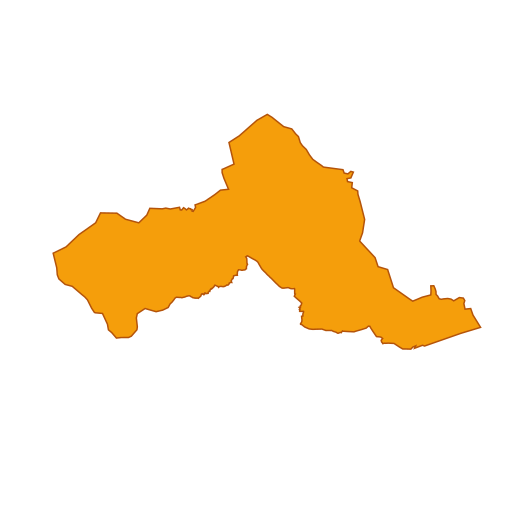 outline of Ifo, Ogun, Nigeria, rotated 344°
{"feature_id": "59680162B2266540401620", "entity_name": "Ifo", "entity_type": "district", "adm_level": 2, "iso_a3": "NGA", "parent_name": "Nigeria", "parent_adm1": "Ogun", "projection": "albers", "projection_center": [3.248, 6.772], "detail": "fine", "context": "isolated", "style": "filled", "palette": "amber", "viewbox_px": 512, "rotation_deg": 344, "n_neighbors": 0, "source": "geoboundaries", "source_scale": "gbopen_adm2", "svg_char_len": 5959}
<svg xmlns="http://www.w3.org/2000/svg" viewBox="0 0 512 512"><g transform="rotate(344 256 256)"><path d="M85.1,265.7L85.9,266.3L92.6,268.9L94.4,280.6L93.8,286.3L96.2,289.9L99.2,296.4L103.9,297.2L111.0,299.2L114.1,298.7L121.2,294.1L122.4,291.4L123.9,282.6L126.0,278.7L134.9,275.9L144.6,282.0L151.4,282.3L157.4,281.3L160.2,278.4L162.4,277.3L164.8,275.6L166.5,274.2L168.1,273.7L170.1,274.4L170.7,274.7L171.7,274.9L172.6,275.3L173.1,275.6L173.7,275.7L174.7,275.7L175.2,275.7L175.8,275.8L176.4,275.8L177.2,275.7L177.9,275.6L178.8,275.6L179.5,275.7L180.3,275.7L181.0,275.9L181.5,276.1L181.7,276.6L182.0,276.9L182.5,277.3L182.8,277.6L183.5,278.3L183.8,278.7L184.2,278.9L184.8,279.1L185.0,279.3L185.4,279.5L185.8,279.6L186.0,279.8L186.4,279.8L186.9,280.0L187.2,280.1L187.4,280.2L188.1,280.3L188.3,280.4L188.9,280.8L189.2,280.6L189.5,280.4L189.8,280.3L190.1,280.2L190.9,279.8L191.3,279.6L191.7,279.4L192.0,279.2L192.2,278.8L192.5,278.5L192.6,278.3L192.7,278.0L192.9,277.8L193.2,277.7L193.4,277.6L193.5,277.8L193.9,277.7L194.2,277.6L194.7,278.3L195.2,278.9L195.8,278.5L195.6,278.1L195.8,277.9L196.2,277.7L196.8,277.4L197.0,277.6L197.3,278.1L197.4,278.3L197.5,278.4L198.3,278.5L198.9,278.6L199.4,278.7L199.7,278.7L199.9,278.0L200.0,277.8L200.1,277.7L200.3,277.7L200.7,277.5L200.8,277.4L201.0,277.2L201.5,276.8L201.9,277.1L202.0,276.8L202.2,276.5L202.7,276.0L202.9,275.6L203.2,275.4L203.4,275.3L203.6,275.2L203.9,275.1L203.9,275.3L204.0,275.5L204.4,275.4L205.4,274.9L206.2,274.4L206.5,274.3L206.6,274.2L207.0,274.0L207.2,273.9L207.3,273.7L208.5,272.7L209.2,273.3L210.5,274.4L210.7,274.6L211.1,274.8L211.3,275.2L211.3,275.5L211.4,275.8L211.7,275.6L211.9,275.5L212.4,275.3L212.5,275.3L213.3,275.4L213.7,275.5L214.4,275.7L215.1,276.1L216.0,276.4L216.3,276.5L216.6,276.6L216.8,276.6L217.1,276.4L217.5,276.5L218.4,276.4L219.3,276.1L219.8,275.8L220.2,275.9L220.9,276.3L221.2,276.1L221.7,275.9L222.2,275.6L222.4,275.4L222.6,275.2L222.6,274.9L222.7,274.7L222.8,274.6L223.2,274.6L224.1,274.5L224.4,274.5L225.2,274.6L225.4,274.7L225.4,274.4L225.3,273.8L225.3,273.5L225.3,273.2L225.4,272.9L226.5,271.9L226.7,271.6L227.0,271.3L227.3,271.5L227.5,271.5L227.8,271.2L228.2,270.6L228.6,269.7L228.8,269.5L228.9,269.3L229.0,268.9L229.5,268.9L230.8,268.9L231.4,269.0L232.1,269.1L232.2,269.3L232.7,269.4L232.8,269.4L232.9,268.3L233.1,268.0L233.3,267.6L233.5,266.8L233.8,266.2L234.0,265.8L234.3,265.5L235.3,264.5L235.4,264.4L236.5,264.8L237.0,265.0L237.4,265.2L237.7,265.4L238.0,265.6L238.4,265.8L238.8,265.9L239.1,265.9L239.5,266.0L240.2,266.0L240.6,266.1L241.0,266.2L241.4,266.3L241.5,266.3L241.8,266.2L242.7,265.7L243.0,265.6L243.3,265.6L243.5,264.8L243.9,263.6L245.1,262.0L245.6,261.6L245.3,260.6L246.4,256.0L246.4,255.5L245.9,254.0L246.4,253.9L246.6,253.8L246.8,253.7L247.1,253.7L247.4,253.7L247.6,253.4L247.8,253.4L249.5,255.1L251.4,257.1L252.1,257.8L253.9,259.5L254.8,260.5L255.5,261.4L256.2,262.7L256.7,265.1L257.2,267.0L257.6,268.6L258.0,270.0L258.4,270.8L259.0,272.0L259.6,273.1L260.7,274.9L261.2,276.1L262.4,278.2L262.7,278.5L263.6,280.3L264.0,280.9L264.6,281.8L266.9,286.1L267.6,287.4L268.7,289.2L269.5,290.6L270.2,291.9L270.5,292.0L271.1,292.8L271.7,293.5L272.2,294.0L272.7,294.2L273.4,294.4L274.2,294.6L275.6,294.8L278.0,295.2L278.6,295.5L279.0,295.8L280.2,296.8L280.8,297.1L281.9,297.5L282.7,297.7L284.0,297.9L284.0,298.5L283.8,299.4L283.5,300.3L283.2,301.4L283.0,302.2L282.9,302.6L282.8,302.9L283.0,303.3L283.3,303.5L283.1,303.7L282.8,304.0L282.6,304.1L282.5,304.4L282.3,304.6L282.1,304.8L281.7,305.2L282.9,307.2L285.6,311.3L287.0,313.8L286.8,313.9L286.6,314.3L286.3,315.0L286.1,315.5L284.8,316.2L284.8,317.1L283.3,317.2L283.6,317.7L284.1,318.2L283.0,319.3L283.5,319.8L282.7,320.9L282.8,321.3L283.4,321.5L286.4,322.3L286.4,322.8L285.1,324.6L284.5,326.6L283.2,326.5L282.8,328.6L282.7,329.5L282.1,331.4L281.1,332.7L280.4,333.0L280.0,333.6L280.1,334.0L281.3,334.8L282.0,335.9L283.3,337.7L286.8,340.6L287.1,340.8L290.2,342.1L291.7,342.5L292.3,342.6L299.2,344.4L302.7,346.9L303.6,347.1L308.3,348.5L309.6,349.8L311.8,351.2L312.1,351.5L312.6,352.1L313.2,352.7L313.8,352.9L315.9,352.7L316.9,353.2L317.3,352.7L317.9,352.3L318.5,351.9L318.9,352.3L323.4,353.9L329.3,355.9L331.5,355.8L337.6,355.8L340.5,355.7L342.0,355.7L344.7,354.4L346.1,355.0L346.3,356.3L347.6,360.6L349.2,365.5L349.5,366.4L349.8,366.8L352.0,367.6L353.6,368.3L355.0,370.2L353.1,371.5L353.0,373.3L353.5,374.1L353.7,375.2L355.4,375.2L356.4,375.6L359.1,376.2L364.6,378.1L365.0,378.6L368.6,382.8L371.4,385.8L373.5,386.4L379.2,388.2L381.6,386.8L384.7,386.4L383.0,388.4L391.5,387.7L393.2,389.0L431.6,386.8L452.2,386.5L448.3,372.6L447.9,365.7L442.3,364.7L442.7,359.0L444.4,356.4L443.7,353.6L440.0,352.0L433.7,353.6L431.6,351.2L428.6,349.7L424.4,348.9L422.2,348.7L420.3,347.6L419.5,344.4L418.5,342.6L419.2,339.8L419.2,337.2L418.7,333.6L415.8,332.9L414.6,337.9L413.3,341.6L404.4,341.4L398.8,342.1L394.2,342.6L391.8,339.8L379.4,324.4L378.8,305.3L370.4,299.9L370.0,290.4L359.8,270.3L359.8,270.1L364.8,263.1L370.5,250.8L371.1,232.5L371.0,224.7L371.7,221.5L366.8,216.8L368.8,212.0L364.5,209.7L364.8,206.7L368.7,207.1L372.7,202.2L370.5,200.8L367.0,202.4L363.6,200.6L363.4,197.0L345.3,189.1L344.0,187.2L339.9,182.2L337.2,178.7L335.2,173.4L333.7,167.5L331.0,162.8L329.8,159.2L329.7,152.9L327.8,149.6L325.4,143.7L318.3,139.3L315.7,135.7L309.7,127.2L305.9,123.0L294.3,125.8L273.0,135.9L261.3,139.4L260.2,161.6L254.1,162.5L248.7,163.3L247.3,163.4L246.4,166.6L246.6,172.5L248.0,184.3L240.0,182.9L233.4,185.6L222.2,189.3L211.5,190.1L211.3,192.7L207.9,195.8L206.9,195.2L207.4,193.8L206.1,193.3L206.2,192.6L205.0,192.0L204.3,191.4L203.1,192.1L201.8,192.5L200.9,191.0L199.7,189.6L197.2,191.3L195.9,190.8L195.9,188.1L186.6,187.2L182.5,185.1L178.8,184.8L167.1,180.9L162.3,186.6L152.5,191.8L140.7,184.7L134.1,176.5L118.4,171.7L111.0,179.9L91.8,186.6L75.9,194.9L61.8,197.4L61.2,212.5L59.8,219.3L60.2,223.7L64.7,230.7L71.0,234.5L77.8,244.8L80.1,248.1L81.9,251.7L83.6,260.9L85.1,265.7Z" fill="#f59e0b" stroke="#b45309" stroke-width="1.5"/></g></svg>